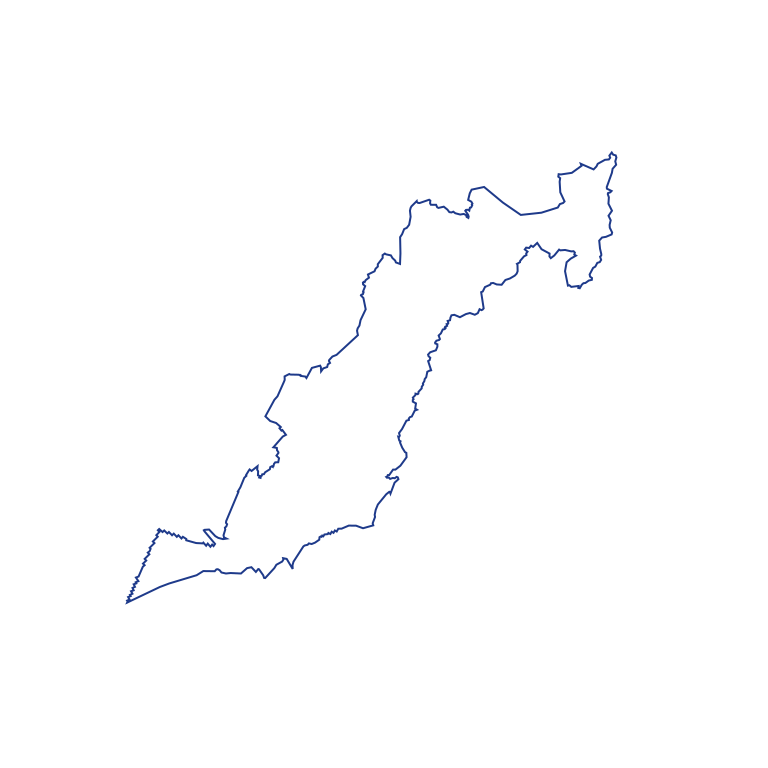 Tlatlauquitepec, Puebla, Mexico (Mercator projection), rotated 24°
{"feature_id": "50627088B68450400928549", "entity_name": "Tlatlauquitepec", "entity_type": "district", "adm_level": 2, "iso_a3": "MEX", "parent_name": "Mexico", "parent_adm1": "Puebla", "projection": "mercator", "projection_center": [-97.491, 19.839], "detail": "fine", "context": "isolated", "style": "outline", "palette": "blue", "viewbox_px": 768, "rotation_deg": 24, "n_neighbors": 0, "source": "geoboundaries", "source_scale": "gbopen_adm2", "svg_char_len": 6151}
<svg xmlns="http://www.w3.org/2000/svg" viewBox="0 0 768 768"><g transform="rotate(24 384 384)"><path d="M424.6,394.1L422.5,393.8L421.1,388.7L417.5,388.4L416.8,386.9L417.2,385.9L415.9,384.7L417.2,381.4L416.7,380.0L418.9,379.6L419.3,378.8L418.7,377.1L420.2,372.7L419.6,371.1L420.1,368.7L419.3,367.7L419.7,365.0L419.2,363.0L419.8,360.6L418.6,355.2L421.1,352.2L422.1,353.0L415.0,345.1L416.0,343.6L415.6,341.2L413.4,340.5L412.3,339.2L413.3,336.2L417.7,332.1L417.6,328.2L416.6,326.0L414.3,326.1L413.8,325.3L414.3,323.1L416.4,321.4L416.8,320.2L414.2,317.5L415.4,314.6L415.5,310.3L417.1,309.2L417.5,307.9L416.6,307.7L416.6,306.8L418.0,305.2L416.9,303.8L417.8,303.3L418.0,302.2L416.5,300.5L418.4,298.9L417.7,296.3L417.7,293.8L420.1,292.2L426.2,292.1L430.4,286.8L433.6,284.2L438.8,283.8L440.9,281.1L440.9,276.8L443.0,276.9L443.8,276.0L444.3,274.4L435.4,260.6L436.6,259.3L436.8,254.4L440.7,250.0L440.7,248.5L442.6,247.3L446.5,247.2L451.1,245.5L452.6,239.6L456.1,236.4L459.4,231.8L460.3,229.2L460.2,226.6L457.4,220.7L456.6,220.2L458.7,217.4L458.3,216.1L460.0,210.4L461.7,208.3L460.8,206.9L461.3,204.7L457.9,203.8L458.4,201.6L461.3,200.7L462.1,197.8L464.4,198.1L466.6,192.8L473.1,196.8L482.2,197.5L483.3,200.2L485.2,201.2L487.3,197.3L489.3,190.0L490.7,190.2L494.9,187.9L501.1,186.7L503.2,185.6L504.9,186.3L505.2,188.3L507.2,188.6L503.6,193.5L501.3,198.5L503.5,207.3L512.0,219.3L513.1,218.4L515.6,219.1L521.9,215.3L522.4,217.2L523.9,216.9L524.3,212.9L525.2,210.8L526.9,209.8L529.0,206.2L531.5,204.3L530.9,202.6L528.6,202.1L527.3,200.3L527.8,192.9L529.3,190.8L529.6,186.6L531.5,184.9L531.9,182.3L529.6,179.8L530.2,178.3L529.7,177.0L526.3,172.5L522.3,165.5L523.6,161.5L526.9,159.3L531.1,154.8L530.8,152.8L526.7,149.4L525.4,146.9L524.5,142.2L520.7,139.0L521.8,133.0L515.7,128.0L513.5,122.0L511.2,119.5L511.0,118.5L512.8,116.8L513.4,115.1L508.2,114.9L507.4,113.5L506.3,98.4L505.3,94.4L506.9,89.3L504.7,86.5L504.2,82.6L502.7,80.9L500.1,81.3L497.9,79.9L497.0,83.7L498.6,85.3L498.1,87.4L494.7,89.3L489.7,95.9L489.6,98.8L488.2,102.7L474.2,102.8L475.7,104.4L469.7,114.7L460.4,120.6L458.2,121.3L458.9,123.7L461.2,124.3L462.2,127.8L467.1,137.2L474.7,143.8L474.0,145.8L471.5,148.1L471.0,152.1L458.1,163.5L440.2,173.9L418.8,169.9L395.3,163.3L385.0,170.8L384.8,174.9L386.0,181.6L389.6,181.9L391.4,183.2L391.2,184.3L391.9,184.8L391.8,187.2L390.8,188.0L391.4,190.9L390.0,190.6L388.1,191.6L387.8,192.7L392.0,195.2L393.3,196.7L393.5,198.0L391.6,197.8L390.3,196.3L387.7,196.2L384.7,198.2L379.7,199.0L377.2,198.4L375.9,199.8L373.8,200.4L371.0,198.9L366.5,197.7L362.1,201.0L360.7,200.9L358.7,199.1L353.9,201.2L352.6,200.2L351.7,197.6L350.3,197.3L342.9,204.2L341.5,204.7L340.0,204.4L339.5,203.6L336.8,210.6L336.7,212.4L337.2,215.1L340.3,220.4L342.2,228.3L341.3,232.1L339.4,234.3L339.6,239.8L339.0,243.3L345.9,258.0L349.8,267.8L345.4,268.1L344.0,266.7L340.5,265.5L338.0,263.7L333.2,264.7L331.7,264.5L330.3,266.9L331.5,269.3L329.6,277.1L330.6,279.2L329.4,282.1L329.5,284.9L324.8,290.5L327.0,293.0L325.0,296.6L324.9,298.8L324.1,298.8L323.5,299.9L324.4,301.5L327.0,302.2L327.2,307.3L327.3,308.3L328.0,308.4L328.2,310.5L326.9,311.8L326.9,312.5L330.2,313.8L336.9,323.2L336.6,335.2L337.8,340.6L337.3,343.9L337.7,346.3L340.3,350.0L328.8,376.7L325.7,379.9L324.2,384.3L324.3,385.3L326.1,386.7L324.7,388.9L325.2,391.6L322.2,394.4L321.4,398.0L319.5,394.3L318.2,393.2L311.6,398.6L310.7,410.1L309.1,409.2L305.6,410.2L304.4,409.9L304.4,410.4L302.6,410.1L294.5,413.5L293.4,413.4L290.1,417.5L291.6,420.6L291.7,422.3L291.7,438.6L290.3,443.0L288.8,461.8L295.1,464.1L301.3,463.5L307.2,465.3L306.5,466.9L309.3,468.3L309.9,467.4L315.1,470.3L312.9,473.2L308.7,486.8L312.1,486.0L313.2,488.0L315.3,489.3L315.6,489.9L314.9,493.2L318.3,494.5L319.2,498.5L316.5,499.8L316.0,501.7L316.4,504.0L315.7,504.3L316.0,505.0L314.9,504.9L313.9,506.2L314.4,508.3L311.3,513.0L311.0,515.2L309.5,516.0L309.6,517.5L309.0,518.2L309.4,520.0L308.0,520.2L308.0,518.5L306.0,518.7L304.5,514.9L303.0,513.9L301.9,510.5L298.4,517.3L296.0,516.7L295.7,518.1L295.0,523.5L295.6,523.9L294.5,526.5L294.8,536.8L294.2,541.7L294.9,541.8L295.6,573.5L296.1,575.1L297.7,575.9L297.9,578.2L297.1,580.0L298.2,581.6L298.9,587.4L300.2,589.2L303.0,589.3L300.0,591.2L295.2,592.0L291.8,591.6L283.4,588.1L279.4,590.2L278.9,590.9L279.9,591.6L294.7,598.8L294.2,601.4L292.3,600.6L291.6,603.3L287.9,601.5L287.3,604.1L283.5,602.4L283.3,603.3L277.1,605.7L266.9,607.2L266.4,606.0L262.4,605.4L261.8,607.5L257.7,605.8L256.9,607.9L252.8,606.2L251.9,608.4L247.7,606.7L246.9,608.7L242.8,607.2L241.9,609.3L237.6,607.9L236.9,609.6L239.0,610.5L237.5,614.7L239.4,615.5L236.9,621.9L239.0,622.7L236.5,629.0L237.8,629.5L237.9,632.0L236.8,634.1L238.9,635.0L236.5,641.1L238.6,642.0L236.9,646.1L239.0,646.9L238.0,649.0L238.1,659.7L236.1,661.7L239.8,664.0L237.8,666.1L238.8,666.9L236.8,668.8L239.0,670.6L237.2,672.6L239.2,674.3L237.2,676.2L239.5,677.9L237.7,680.0L238.8,680.8L236.9,682.7L239.2,684.4L237.4,686.4L238.3,687.0L238.3,688.1L261.8,660.6L268.9,653.6L290.6,634.9L295.0,628.4L305.5,623.9L306.3,621.5L307.5,620.8L309.6,621.0L312.2,622.3L316.7,621.4L320.7,619.1L330.4,615.3L333.8,607.9L337.4,605.3L343.4,607.8L344.4,604.2L345.2,604.1L351.5,607.9L353.3,609.9L354.4,609.6L358.7,596.8L359.2,592.9L363.2,587.6L363.5,585.2L362.7,584.2L366.3,583.4L375.8,590.1L374.1,586.7L373.6,583.1L376.4,565.2L377.2,563.8L379.6,562.0L380.2,560.2L383.0,559.6L385.5,557.0L388.2,552.6L387.4,550.2L388.2,549.0L389.1,549.0L389.2,547.6L390.5,547.8L390.8,545.7L393.7,544.0L393.8,542.7L396.0,542.9L396.3,540.2L398.4,540.5L398.7,537.8L400.8,538.0L401.1,534.8L404.1,533.4L409.4,527.7L416.1,524.8L423.5,524.3L431.7,517.5L430.3,515.8L429.9,509.1L428.7,507.3L427.6,502.3L427.4,496.6L430.9,483.8L432.7,480.3L433.3,480.2L434.5,481.5L433.8,469.8L435.9,465.1L434.6,463.7L433.3,463.7L432.2,465.7L430.2,466.3L428.2,468.2L426.5,467.5L424.8,468.4L423.9,468.0L424.6,467.3L424.5,465.7L425.8,465.0L427.1,458.5L429.3,457.5L432.2,452.0L434.4,441.7L432.4,437.8L430.9,437.7L426.6,434.8L422.5,431.0L422.4,429.6L421.0,429.5L418.6,426.5L419.3,426.5L419.4,424.8L417.7,422.7L418.8,417.8L419.4,408.4L421.4,406.7L420.7,405.4L421.2,403.7L422.6,402.4L422.9,395.8L424.6,394.1Z" fill="none" stroke="#1e3a8a" stroke-width="2"/></g></svg>